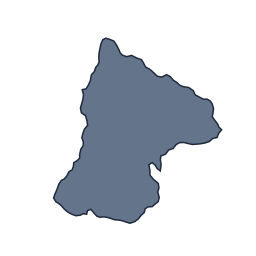 the district of Argirita, Minas Gerais, Brazil, rotated 345°
{"feature_id": "56859067B34459368726080", "entity_name": "Argirita", "entity_type": "district", "adm_level": 2, "iso_a3": "BRA", "parent_name": "Brazil", "parent_adm1": "Minas Gerais", "projection": "mercator", "projection_center": [-42.832, -21.628], "detail": "fine", "context": "isolated", "style": "filled", "palette": "slate", "viewbox_px": 256, "rotation_deg": 345, "n_neighbors": 0, "source": "geoboundaries", "source_scale": "gbopen_adm2", "svg_char_len": 1819}
<svg xmlns="http://www.w3.org/2000/svg" viewBox="0 0 256 256"><g transform="rotate(345 128 128)"><path d="M218.0,153.9L216.1,150.8L215.6,147.2L213.9,143.3L212.3,138.8L214.0,135.4L215.6,131.6L215.6,126.5L214.5,123.4L211.9,120.6L208.2,119.6L204.6,116.3L201.4,113.2L200.7,108.8L197.1,104.6L192.2,102.4L189.1,100.2L187.2,97.0L184.2,93.6L182.1,89.3L179.0,86.4L174.0,87.6L169.8,85.7L167.8,82.4L165.9,79.3L163.8,76.5L160.7,73.6L159.7,68.7L158.7,65.5L155.9,63.6L153.3,61.6L150.3,58.8L145.3,58.8L141.4,56.2L139.9,53.3L139.5,50.0L138.4,45.1L136.8,40.4L133.0,37.4L129.8,35.5L126.5,36.2L123.8,39.5L121.5,43.9L119.3,48.4L118.0,52.4L117.3,56.4L115.3,59.2L112.5,61.1L110.1,64.8L106.5,67.0L104.1,72.1L101.0,76.1L97.6,79.3L93.7,79.1L93.6,84.4L91.7,89.0L89.5,92.6L87.2,96.5L86.9,101.3L90.2,105.3L90.2,110.4L89.6,115.1L85.7,117.7L82.8,121.9L80.9,125.5L81.2,130.1L80.1,133.5L77.0,136.2L74.6,140.7L73.4,144.7L70.2,146.4L66.6,147.5L65.2,151.2L63.1,154.0L59.6,155.0L56.3,158.6L53.2,160.7L50.0,161.4L46.6,164.4L43.3,169.2L40.4,172.8L38.0,176.4L39.2,180.4L41.6,183.2L43.5,185.8L45.5,189.9L48.2,193.8L51.1,196.5L54.8,199.2L59.2,199.9L62.6,199.2L65.7,200.6L67.5,197.3L71.0,196.9L72.9,200.9L75.1,205.1L77.8,207.0L81.5,207.5L84.5,208.8L88.0,210.9L91.3,213.2L94.4,214.2L97.7,215.7L101.0,217.8L105.2,220.5L110.3,220.2L114.4,218.5L118.5,215.5L121.9,213.8L123.6,210.5L126.9,209.4L131.0,210.2L134.3,208.6L138.1,206.9L140.2,203.2L140.2,197.5L142.4,193.9L142.9,189.3L139.2,184.0L137.0,179.2L138.2,174.7L138.7,168.8L142.4,167.7L144.7,171.1L145.8,175.0L148.1,177.8L150.5,172.0L151.0,167.3L152.5,163.5L157.5,163.0L161.5,159.8L166.2,159.5L170.4,156.4L174.1,155.5L178.3,156.5L182.1,158.6L185.8,160.5L189.2,161.2L193.7,162.0L198.9,162.4L203.0,162.1L207.2,160.0L211.5,160.3L214.1,156.7L218.0,153.9Z" fill="#64748b" stroke="#1e293b" stroke-width="1.5"/></g></svg>